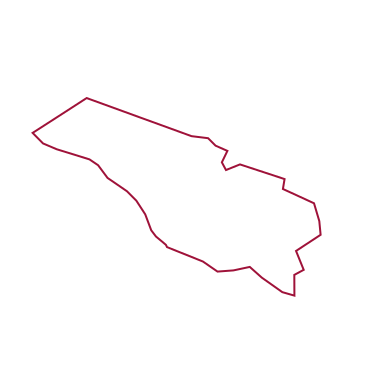 Rishtan, Ferghana, Uzbekistan, rotated 52°
{"feature_id": "79887680B55536658077788", "entity_name": "Rishtan", "entity_type": "district", "adm_level": 2, "iso_a3": "UZB", "parent_name": "Uzbekistan", "parent_adm1": "Ferghana", "projection": "robinson", "projection_center": [71.249, 40.386], "detail": "fine", "context": "isolated", "style": "outline", "palette": "rose", "viewbox_px": 384, "rotation_deg": 52, "n_neighbors": 0, "source": "geoboundaries", "source_scale": "gbopen_adm2", "svg_char_len": 615}
<svg xmlns="http://www.w3.org/2000/svg" viewBox="0 0 384 384"><g transform="rotate(52 192 192)"><path d="M53.1,217.2L49.9,253.0L47.3,281.2L62.0,279.5L75.0,272.3L103.2,252.7L113.1,249.5L128.9,249.9L151.3,242.8L164.6,241.2L180.8,242.6L197.1,247.7L204.9,247.8L217.5,245.1L220.1,245.6L253.5,226.2L270.4,220.9L279.3,207.6L286.6,192.6L302.5,189.7L326.5,182.5L336.7,175.1L320.3,162.4L322.1,151.9L302.5,146.3L304.9,117.0L293.3,109.6L276.0,102.8L245.6,118.5L238.8,111.1L199.8,137.2L195.6,151.7L187.0,150.2L181.4,138.8L170.0,144.9L159.5,146.2L147.7,158.0L53.1,217.2Z" fill="none" stroke="#9f1239" stroke-width="2"/></g></svg>